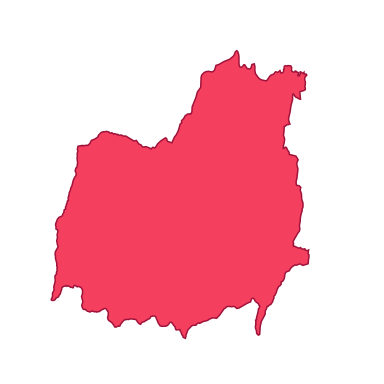 Colta, Chimborazo, Ecuador (Equal Earth projection), rotated 11°
{"feature_id": "8360857B90964740580974", "entity_name": "Colta", "entity_type": "district", "adm_level": 2, "iso_a3": "ECU", "parent_name": "Ecuador", "parent_adm1": "Chimborazo", "projection": "equal_earth", "projection_center": [-78.852, -1.798], "detail": "fine", "context": "isolated", "style": "filled", "palette": "rose", "viewbox_px": 384, "rotation_deg": 11, "n_neighbors": 0, "source": "geoboundaries", "source_scale": "gbopen_adm2", "svg_char_len": 5952}
<svg xmlns="http://www.w3.org/2000/svg" viewBox="0 0 384 384"><g transform="rotate(11 192 192)"><path d="M74.5,324.8L75.4,325.2L77.4,324.6L78.3,323.6L79.0,321.8L81.0,320.4L81.3,318.6L82.0,317.6L82.6,312.6L82.5,310.8L84.1,309.0L85.2,308.8L86.3,307.8L87.2,308.5L88.1,307.8L90.1,308.2L91.0,308.8L92.0,308.5L93.5,308.8L93.7,308.6L93.9,306.6L94.8,306.0L97.4,307.0L98.6,306.3L101.4,307.0L103.2,309.1L103.9,312.5L103.5,315.7L105.8,320.6L105.4,324.4L106.1,325.9L107.3,327.5L108.4,328.0L109.6,327.6L111.8,328.9L114.1,329.2L115.2,329.1L116.0,328.2L117.7,327.9L119.0,328.3L120.3,327.8L121.4,328.1L122.3,327.4L123.7,327.2L126.2,324.5L127.2,324.1L127.8,323.3L129.6,322.8L132.8,326.0L133.3,329.6L133.0,331.0L133.9,333.2L135.3,334.3L136.4,334.6L139.0,336.1L142.1,339.3L143.5,339.0L144.4,338.1L146.7,337.4L147.2,335.3L148.9,332.1L150.4,330.0L151.4,330.1L152.3,329.4L154.0,329.3L156.0,328.2L160.7,327.9L161.5,328.1L163.9,330.5L165.8,331.6L166.8,331.7L167.1,330.7L168.0,329.3L170.2,328.2L171.2,326.8L171.8,326.7L173.2,325.2L174.5,324.5L175.6,321.9L178.8,320.8L180.1,321.4L183.9,327.1L186.3,329.5L188.2,329.6L192.2,328.6L193.7,327.3L195.3,324.2L196.3,323.8L197.7,324.6L199.9,326.8L200.9,327.3L201.9,329.5L202.8,330.4L206.3,329.4L206.9,330.7L208.1,331.8L209.1,333.8L210.7,335.2L211.0,336.3L213.4,336.9L213.6,335.0L213.4,333.7L214.3,328.1L217.4,323.3L218.4,322.7L221.3,322.0L222.4,319.9L223.8,319.2L224.4,319.5L225.1,319.1L227.7,317.0L231.5,315.3L233.9,313.1L236.6,311.5L240.2,311.3L242.4,308.0L245.8,300.5L246.9,299.6L248.0,297.9L250.5,297.2L252.8,297.1L254.5,296.4L256.0,296.5L258.2,297.8L260.3,296.9L267.5,290.6L270.4,288.7L270.9,285.5L272.0,284.6L273.4,285.2L275.0,287.2L278.9,289.3L279.3,290.4L280.1,290.8L280.3,291.7L280.1,293.0L279.5,294.3L279.7,296.9L279.3,303.6L279.7,304.8L278.8,305.7L279.4,306.6L279.4,308.0L279.8,308.6L279.7,309.6L280.0,310.4L279.8,311.4L280.3,313.5L281.9,316.3L282.3,318.2L283.6,319.5L284.4,319.3L284.8,319.7L285.6,318.9L284.6,310.7L284.8,305.7L287.0,298.5L287.2,297.5L286.8,296.8L286.7,294.2L287.3,292.9L287.6,289.9L288.4,289.9L289.8,287.9L290.7,287.5L292.1,284.3L292.2,281.9L292.7,280.9L292.3,278.7L293.1,277.6L293.8,275.0L294.3,270.8L295.2,268.2L296.1,267.4L297.1,265.6L296.7,263.2L298.0,262.4L298.8,260.5L299.1,258.5L298.9,254.5L299.1,253.7L300.0,252.3L302.6,250.7L303.2,248.4L304.8,246.0L306.8,244.1L308.8,243.8L310.8,242.4L311.9,242.0L314.8,242.9L319.7,240.3L319.7,239.7L319.3,236.8L319.2,233.1L318.8,231.3L317.7,230.4L317.5,226.7L316.4,227.5L314.1,227.4L313.6,226.2L311.3,227.1L308.9,225.8L308.3,226.5L307.2,226.7L302.7,225.6L301.9,226.0L301.6,225.2L301.6,223.2L300.7,221.8L301.1,219.9L303.7,212.3L304.8,210.1L305.0,208.1L303.8,204.1L303.8,200.1L303.3,196.2L303.3,192.9L303.7,189.7L303.4,187.8L303.8,185.7L303.6,184.4L303.1,181.8L301.0,177.9L299.8,173.0L297.8,169.4L297.9,166.6L296.0,165.4L293.3,165.4L292.4,163.2L292.2,160.5L292.4,158.9L291.6,149.2L289.5,144.7L289.5,142.0L290.0,141.0L289.9,139.9L287.1,136.9L280.3,136.5L279.7,134.4L277.1,131.9L276.9,131.1L276.1,130.3L275.1,130.2L274.4,131.3L273.3,131.9L272.9,128.6L273.1,126.1L272.8,122.2L270.9,118.7L270.8,115.2L270.0,110.1L270.6,109.9L272.6,107.7L273.8,107.5L274.5,106.7L275.1,106.7L273.1,102.9L272.8,101.0L273.0,95.1L272.7,88.1L273.1,82.0L272.3,78.1L272.6,76.5L273.4,76.8L274.3,78.0L276.1,79.3L277.3,79.4L279.7,80.3L280.8,80.2L278.8,73.4L279.1,72.8L282.4,71.1L283.7,69.9L283.3,68.0L282.4,67.1L282.8,65.7L282.4,62.6L281.2,60.3L281.0,58.5L281.2,57.0L282.4,55.7L282.3,55.3L281.7,55.3L281.6,54.5L279.6,54.8L279.1,53.1L278.5,54.1L277.5,54.1L275.8,53.3L275.1,53.7L275.9,55.4L275.1,57.4L273.9,57.7L273.7,56.8L274.1,55.8L273.7,54.6L272.5,54.2L272.1,54.4L271.0,53.6L270.6,54.0L270.2,53.7L269.9,54.6L269.4,54.8L268.2,54.9L266.9,54.3L266.4,53.2L266.1,50.9L265.3,49.6L264.3,49.3L261.8,49.7L261.4,50.2L259.3,50.2L258.6,51.1L259.0,53.5L258.6,53.7L258.5,54.3L258.9,56.2L258.3,57.5L256.6,58.2L255.2,56.0L253.6,58.1L251.0,58.1L249.7,60.6L247.2,62.2L246.3,63.5L244.3,68.1L243.1,68.8L239.0,68.7L236.9,68.1L235.1,66.9L231.7,63.7L230.5,60.6L229.8,56.8L228.7,54.3L226.5,55.4L226.3,58.3L225.9,59.7L225.1,60.2L222.6,60.3L219.4,57.0L218.5,57.3L217.6,59.2L216.7,60.1L215.1,60.1L213.8,57.8L212.3,50.3L211.5,48.0L210.3,45.7L209.0,44.7L207.8,46.1L207.3,49.2L206.5,51.0L203.6,54.5L198.7,57.7L194.0,61.7L191.4,63.1L190.9,68.1L189.3,70.1L187.9,70.4L185.5,70.3L183.2,71.0L181.2,72.3L179.3,75.1L179.0,77.5L180.6,87.6L178.2,92.8L177.8,98.5L175.9,108.4L176.6,113.3L175.9,115.8L175.0,115.6L174.2,116.1L173.1,116.1L170.7,118.5L169.7,121.7L168.3,123.6L168.1,124.4L168.7,125.9L167.4,127.6L167.0,133.2L166.4,136.2L165.4,139.4L164.4,141.0L162.8,147.6L158.4,146.9L157.7,146.2L157.0,144.6L156.0,143.9L155.4,144.1L151.7,147.7L149.2,151.1L147.7,154.9L147.1,155.8L145.1,155.5L143.5,157.6L142.1,156.9L138.2,156.3L135.3,157.2L133.9,156.5L133.0,155.5L130.5,154.9L127.6,152.0L125.3,153.0L116.3,149.7L114.0,150.2L111.5,149.5L110.3,150.3L109.1,149.9L108.4,150.1L108.1,149.6L107.7,149.9L104.8,149.5L103.9,150.0L102.0,149.1L100.5,149.9L98.8,148.9L96.8,148.8L92.5,150.2L91.5,150.9L89.4,154.0L89.2,154.5L89.4,155.4L88.4,156.7L86.2,158.8L83.4,160.5L82.5,163.7L81.4,165.5L80.2,166.3L79.4,166.2L77.2,167.2L76.0,167.0L75.2,167.8L74.4,167.5L71.3,168.9L71.3,171.9L72.2,174.1L71.9,176.2L72.5,178.2L72.7,180.6L74.1,185.2L74.3,189.3L73.4,190.9L73.3,193.8L74.7,195.6L75.0,197.7L73.9,200.2L73.2,203.4L72.9,209.1L72.4,210.5L72.1,214.3L71.6,216.1L71.8,218.0L71.5,221.3L72.2,223.7L71.3,224.8L71.6,226.2L71.0,227.8L71.2,229.3L70.7,231.0L71.2,232.8L70.0,233.7L70.0,236.9L69.4,238.4L69.1,240.3L66.2,242.3L65.1,244.4L64.3,248.9L64.4,250.6L65.1,251.9L65.5,254.2L66.0,254.6L67.2,254.7L67.9,256.3L67.7,259.5L68.7,262.9L68.4,265.4L69.9,269.3L71.0,271.4L69.3,276.6L69.5,279.5L70.3,281.2L70.6,283.1L72.9,287.9L73.3,290.4L73.9,290.9L74.0,292.7L74.6,294.7L74.2,296.7L74.7,298.3L73.7,299.9L73.5,300.8L74.6,305.1L74.7,307.1L74.4,311.3L75.3,314.6L74.3,318.0L74.8,319.6L74.9,322.2L74.3,323.9L74.5,324.8Z" fill="#f43f5e" stroke="#9f1239" stroke-width="1.5"/></g></svg>